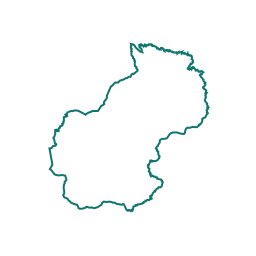 the district of Bosomtwe, Ashanti, Ghana, rotated 119°
{"feature_id": "2480657B90441463194933", "entity_name": "Bosomtwe", "entity_type": "district", "adm_level": 2, "iso_a3": "GHA", "parent_name": "Ghana", "parent_adm1": "Ashanti", "projection": "robinson", "projection_center": [-1.515, 6.558], "detail": "fine", "context": "isolated", "style": "outline", "palette": "teal", "viewbox_px": 256, "rotation_deg": 119, "n_neighbors": 0, "source": "geoboundaries", "source_scale": "gbopen_adm2", "svg_char_len": 5700}
<svg xmlns="http://www.w3.org/2000/svg" viewBox="0 0 256 256"><g transform="rotate(119 128 128)"><path d="M43.5,148.3L44.8,150.4L45.1,150.2L45.6,150.7L45.5,150.3L46.0,150.5L46.5,151.3L46.4,151.6L47.0,151.9L46.9,152.5L47.8,152.2L47.6,152.9L48.0,152.6L48.0,153.3L48.4,153.5L47.8,153.7L48.9,154.3L48.6,155.1L49.0,155.2L49.2,155.9L48.6,156.1L48.5,157.0L48.9,157.0L48.6,157.3L49.8,158.4L51.2,157.7L51.9,156.7L52.0,155.4L52.5,154.3L54.2,153.2L54.7,152.4L55.3,155.0L54.8,156.0L53.9,160.2L52.5,162.6L52.5,164.6L53.1,166.2L54.5,164.9L55.5,165.0L56.7,164.2L57.0,163.1L57.9,163.2L58.3,162.5L59.4,162.4L59.5,161.7L60.9,161.4L62.7,160.1L63.3,158.1L64.5,157.4L64.5,156.2L64.9,156.1L66.1,154.4L66.4,154.6L66.7,154.0L68.7,153.3L69.9,152.3L70.1,151.8L70.5,151.8L70.7,150.2L71.5,149.4L71.8,149.5L72.4,147.9L73.2,147.4L78.0,149.2L77.9,149.7L78.6,150.5L79.9,150.9L80.6,150.6L82.1,150.7L82.8,152.1L85.0,153.2L85.4,154.0L87.8,155.4L90.4,158.0L93.1,158.7L94.5,161.3L98.7,162.3L100.0,163.1L110.1,162.1L112.1,161.0L116.7,161.6L117.6,161.3L118.5,160.4L119.2,160.9L119.8,160.8L121.5,162.1L127.6,162.5L130.7,167.7L132.1,168.4L133.4,169.8L135.9,171.3L136.9,171.5L137.0,179.6L137.7,181.6L138.7,183.5L140.0,184.5L140.5,185.8L142.8,187.8L143.7,188.4L144.8,188.5L146.0,188.0L146.2,189.1L146.7,189.3L147.0,188.2L146.6,187.6L147.0,187.0L147.9,187.5L149.7,189.4L152.6,187.6L153.8,187.7L154.5,186.9L156.2,187.6L156.5,186.8L157.7,186.6L159.3,188.2L160.9,187.7L161.9,188.4L164.3,187.2L164.8,188.2L163.7,190.4L164.4,189.6L164.4,190.3L164.6,189.9L165.0,190.7L165.4,190.5L164.9,190.0L165.1,189.3L166.7,189.8L168.3,188.8L171.7,188.2L172.8,188.5L173.5,187.3L176.6,184.6L177.3,183.7L176.9,183.1L177.2,182.7L178.7,182.9L180.2,184.9L182.2,185.0L183.5,186.0L183.9,186.8L196.8,176.3L201.8,176.4L202.0,174.7L204.1,169.9L204.0,168.1L203.0,165.5L200.9,162.5L200.1,159.8L203.1,156.8L203.9,156.7L205.6,157.4L206.9,156.6L208.4,156.5L211.4,155.4L214.0,153.3L216.1,152.1L218.2,152.1L219.5,150.2L219.1,146.6L220.1,144.9L220.4,142.8L220.9,141.9L220.5,137.6L219.8,135.2L221.2,133.2L222.0,132.6L222.1,131.3L221.0,129.2L218.5,126.6L217.5,126.5L217.0,125.8L216.3,122.9L215.1,121.4L214.9,120.0L214.1,118.2L211.7,116.0L208.1,114.0L206.1,114.3L204.0,113.4L203.3,111.0L201.5,108.8L200.8,106.6L200.7,105.1L199.8,103.8L199.9,101.6L198.1,96.1L197.0,95.7L196.7,94.6L200.1,90.0L200.6,88.4L200.3,88.0L200.2,88.2L199.5,88.0L199.1,86.9L199.4,86.6L198.9,85.9L199.2,85.2L198.0,85.0L198.3,84.1L197.5,84.1L197.4,84.7L196.2,84.4L194.1,85.2L192.6,83.8L191.8,84.0L191.5,83.6L191.5,82.7L190.9,82.6L190.9,82.9L189.8,82.2L189.8,81.7L187.4,79.0L186.8,79.0L186.2,78.1L185.5,78.5L185.0,78.3L183.6,77.0L183.1,77.4L182.7,76.7L181.4,76.3L181.0,74.7L179.4,74.4L179.4,73.8L178.4,73.0L177.6,73.8L177.8,74.5L177.2,74.8L177.4,75.2L177.0,75.6L176.3,75.5L175.3,74.3L173.0,74.7L171.1,74.3L170.7,73.8L170.3,74.0L170.3,73.5L168.0,73.6L166.8,73.1L166.5,72.6L164.9,72.6L164.2,70.8L162.9,70.3L158.6,71.3L158.2,72.0L158.4,72.4L157.6,72.7L157.6,73.4L157.0,73.8L158.2,77.8L157.2,78.4L157.6,79.0L157.4,79.8L157.7,80.1L157.5,80.7L158.0,81.7L157.7,81.9L158.1,83.6L159.1,84.3L157.8,86.3L157.5,86.5L157.1,86.0L157.0,86.6L156.3,86.8L155.9,87.7L156.0,88.7L153.4,89.3L152.9,91.3L152.0,91.3L151.3,92.4L150.8,92.5L150.5,91.9L147.4,92.2L146.8,91.8L146.8,92.2L145.8,92.8L145.0,91.7L145.2,90.3L144.8,90.3L143.8,88.1L142.1,86.8L140.8,86.3L139.7,86.5L139.2,86.1L137.8,86.8L137.4,86.7L137.1,87.8L135.7,89.2L133.9,90.1L134.1,91.2L133.3,92.2L132.6,92.2L132.4,93.5L132.1,93.8L130.0,93.6L129.3,93.1L128.2,93.4L125.4,93.2L123.3,94.2L121.2,93.2L119.5,90.4L118.0,89.0L113.0,88.5L111.6,87.8L110.3,86.7L108.2,83.1L107.6,80.0L106.2,76.2L104.5,75.8L102.9,76.6L101.2,76.8L99.8,76.7L99.0,76.3L98.0,74.2L96.1,72.4L93.8,68.1L91.0,66.9L90.7,67.3L90.3,66.7L89.4,66.8L89.0,66.4L86.4,66.2L85.9,66.6L84.5,66.9L84.2,67.4L82.5,66.8L81.4,65.6L77.9,65.7L76.4,65.3L76.0,65.8L76.1,66.6L75.2,66.9L74.5,67.8L73.0,67.4L72.6,68.0L71.9,67.7L71.5,68.5L70.8,67.8L69.4,70.1L68.3,70.5L67.3,73.2L66.0,74.5L63.5,74.7L63.3,75.1L62.7,75.2L62.2,76.1L61.2,76.0L60.3,77.2L59.3,77.2L59.3,76.3L58.9,76.1L58.7,77.0L58.1,77.7L57.2,77.8L56.7,80.3L56.9,80.9L56.3,81.9L55.8,82.1L55.5,81.6L52.6,81.3L52.0,82.3L51.4,82.2L51.5,82.6L50.7,82.7L50.6,84.1L50.2,84.8L49.3,85.2L49.4,85.7L48.5,86.8L48.2,88.4L46.8,90.9L45.8,90.6L46.0,90.1L45.4,89.5L43.2,89.6L42.7,89.3L42.5,91.5L43.9,92.2L44.3,92.8L44.0,93.4L44.4,93.8L43.7,94.5L43.5,95.7L44.5,95.9L45.0,96.6L44.3,97.1L43.0,100.1L43.4,100.5L43.5,100.1L44.1,100.2L43.9,100.7L44.4,100.6L44.9,101.3L45.6,101.1L45.4,101.5L45.8,101.3L46.5,102.6L46.8,102.4L47.3,102.7L47.2,104.5L46.2,104.7L44.5,104.1L44.2,104.5L41.3,104.3L41.4,103.5L39.0,102.9L38.6,103.8L38.0,103.6L37.0,104.4L36.9,105.8L35.3,106.2L34.2,107.1L34.0,108.3L34.6,108.6L34.3,109.0L35.0,110.1L34.4,110.5L34.6,111.3L33.9,111.9L35.3,111.8L35.0,114.0L35.3,114.2L35.0,114.5L35.6,115.2L35.2,115.5L35.6,115.9L35.2,115.8L35.7,116.2L35.6,116.6L36.0,116.7L35.9,117.2L36.3,117.2L35.9,117.6L36.2,118.3L35.7,118.2L36.5,118.9L36.8,119.8L37.1,119.8L37.0,120.4L37.7,120.6L37.3,120.7L38.5,121.4L38.4,122.0L38.8,122.1L38.6,122.4L38.9,122.5L39.5,124.6L39.8,124.6L39.9,125.0L39.6,124.9L39.4,125.5L39.7,125.2L40.1,126.1L39.9,126.3L40.2,126.5L40.1,128.6L40.7,128.7L40.8,129.0L40.4,129.0L40.8,129.4L40.5,129.6L41.0,129.8L40.7,130.1L41.2,130.3L40.7,131.4L41.0,132.0L41.4,131.9L41.3,132.3L42.8,133.6L43.1,133.4L43.0,134.2L41.7,135.0L41.9,135.8L41.4,136.7L41.9,138.0L42.5,138.0L42.5,137.6L43.1,138.2L43.4,137.9L43.4,138.3L43.9,138.4L43.7,138.9L43.9,139.2L44.1,138.9L44.3,139.3L43.9,140.3L44.3,141.0L43.7,141.0L43.8,141.4L43.3,142.6L43.6,143.5L43.4,144.8L44.2,145.8L43.9,146.3L44.2,146.5L43.7,146.9L44.3,147.4L44.1,148.2L43.9,147.6L43.5,148.3Z" fill="none" stroke="#0f766e" stroke-width="2"/></g></svg>